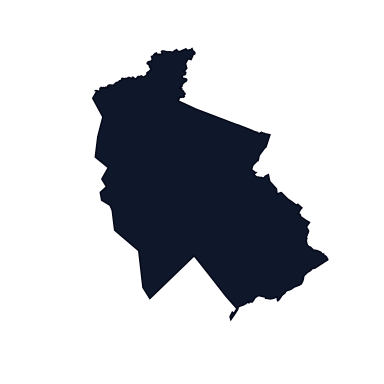 Mārkalnes pag., Aluksne, Latvia, rotated 234°
{"feature_id": "27541924B80787843923364", "entity_name": "Mārkalnes pag.", "entity_type": "district", "adm_level": 2, "iso_a3": "LVA", "parent_name": "Latvia", "parent_adm1": "Aluksne", "projection": "orthographic", "projection_center": [27.239, 57.508], "detail": "fine", "context": "isolated", "style": "filled", "palette": "ink", "viewbox_px": 384, "rotation_deg": 234, "n_neighbors": 0, "source": "geoboundaries", "source_scale": "gbopen_adm2", "svg_char_len": 5926}
<svg xmlns="http://www.w3.org/2000/svg" viewBox="0 0 384 384"><g transform="rotate(234 192 192)"><path d="M57.4,262.1L58.0,262.3L58.6,262.3L59.0,262.4L60.7,262.6L63.7,261.7L64.1,261.6L64.5,261.9L64.6,261.4L65.3,261.0L67.5,260.8L69.3,259.9L70.3,259.1L71.9,258.1L72.0,257.8L72.1,257.6L72.5,257.3L73.2,256.5L73.6,256.2L74.0,256.0L77.4,255.5L78.0,255.3L78.5,254.8L79.3,254.4L80.1,254.2L81.2,254.2L82.5,254.5L85.0,255.6L86.4,256.6L86.7,257.5L87.8,257.7L88.1,257.9L89.0,259.0L89.5,259.9L90.0,260.3L90.4,261.4L90.7,261.9L91.1,262.2L91.6,263.1L91.9,263.2L92.5,263.6L95.8,263.8L96.9,265.0L98.3,269.2L102.5,267.4L108.0,265.5L110.2,266.2L110.7,266.2L111.9,265.2L114.0,269.1L114.2,270.2L114.6,271.6L119.9,270.4L120.1,268.6L124.7,267.3L130.2,265.3L139.1,263.9L139.5,262.9L140.2,260.1L140.5,259.7L144.9,262.2L154.8,261.1L156.2,261.7L161.2,264.0L161.7,260.7L161.7,260.4L161.2,259.0L161.5,257.6L163.0,256.7L164.3,255.0L165.2,254.4L165.4,254.0L166.1,253.3L166.7,253.0L169.4,252.3L170.0,253.5L170.0,254.6L170.1,255.1L170.3,254.8L175.1,253.3L177.9,257.0L178.8,262.5L178.6,263.6L178.6,263.9L179.1,264.6L181.9,267.6L182.2,268.1L184.8,276.3L185.0,278.4L192.5,288.7L195.6,285.9L196.0,285.2L196.4,285.0L197.0,285.0L198.2,283.9L199.5,283.3L199.6,283.1L199.7,280.5L200.2,280.0L200.7,279.8L201.4,280.2L204.3,277.9L206.6,276.7L219.3,268.6L220.6,267.5L228.1,262.6L256.7,243.9L273.7,234.4L274.4,235.4L274.6,235.2L274.8,235.3L274.8,235.7L274.9,235.9L275.0,236.4L275.4,236.7L275.3,236.8L275.5,237.2L275.9,237.3L276.0,237.5L275.7,237.8L275.8,238.0L275.6,238.2L275.6,238.6L275.3,238.7L275.4,239.1L274.7,239.3L274.5,239.5L274.6,240.0L274.1,240.5L274.4,240.6L274.3,240.9L273.8,241.2L273.7,241.6L273.8,242.0L275.0,242.3L275.3,242.7L275.2,243.8L276.0,244.3L276.9,243.9L277.5,243.8L278.0,244.2L279.1,244.2L280.4,243.8L281.1,244.0L281.6,244.4L282.1,244.3L282.7,243.3L282.8,243.2L283.0,243.2L283.6,244.4L283.3,245.6L283.3,245.9L283.4,246.0L283.9,246.0L284.0,246.4L284.9,247.7L285.3,250.3L285.3,250.8L285.1,252.2L285.3,252.8L285.6,253.5L286.0,253.8L286.6,253.8L287.3,253.5L289.5,251.5L289.9,251.4L290.6,251.6L291.1,251.4L291.3,251.4L291.5,251.6L291.4,252.4L291.7,253.0L291.7,254.1L291.0,255.1L291.4,255.6L291.3,256.2L291.4,256.3L291.6,256.5L292.0,256.5L292.2,257.0L292.5,257.3L293.0,257.1L294.0,256.2L294.6,256.3L294.8,256.6L294.5,257.8L294.9,258.1L294.8,258.3L294.8,259.0L295.2,260.5L299.9,262.3L300.4,263.8L302.3,267.1L301.2,267.7L300.5,268.4L299.7,269.0L300.6,270.7L302.7,274.1L302.0,275.2L302.9,276.2L304.7,276.1L304.8,275.5L308.0,276.3L307.9,274.9L308.1,274.2L308.5,273.5L308.9,272.0L309.1,271.6L311.4,271.2L311.6,270.1L311.9,268.9L312.6,265.5L313.6,263.4L316.2,263.2L316.2,262.8L316.6,260.9L316.2,259.1L317.5,257.4L318.4,256.6L319.9,254.4L322.7,252.0L323.1,251.0L323.4,251.1L323.6,249.9L321.8,249.6L321.9,249.3L321.3,248.2L321.3,247.9L321.5,247.6L322.1,247.3L322.4,247.0L322.4,246.9L322.2,246.6L322.3,246.3L322.6,246.2L323.1,245.8L323.1,245.4L322.9,244.9L323.3,244.6L323.8,244.9L325.4,244.9L325.4,244.3L325.7,243.9L325.8,243.5L325.7,243.1L325.0,242.9L324.9,242.7L325.4,242.4L325.6,242.0L325.5,241.8L325.2,241.4L324.9,241.0L325.4,239.2L325.4,238.8L323.7,238.3L322.8,237.7L322.5,237.5L322.0,236.4L321.9,235.7L322.8,233.9L323.0,233.2L323.0,232.5L322.8,232.0L322.5,231.4L322.3,231.2L321.9,231.2L321.3,231.7L320.0,232.0L318.2,231.2L317.2,231.3L316.8,231.1L315.8,231.5L315.1,231.3L315.0,231.0L315.2,230.0L314.8,228.7L314.7,227.9L314.9,227.3L315.0,226.7L314.6,226.2L314.9,225.7L314.7,225.3L314.3,225.4L314.2,225.6L313.9,225.7L313.6,225.6L313.2,222.8L313.3,222.1L313.1,221.8L313.3,221.0L313.2,220.4L313.3,220.2L315.1,219.6L315.8,219.1L316.0,218.5L315.9,217.5L316.9,216.7L317.0,216.3L317.2,216.0L317.1,215.4L316.7,214.6L316.2,212.8L317.6,212.4L318.2,212.0L319.0,211.9L319.8,211.5L319.9,211.2L319.3,209.8L319.2,209.4L319.3,209.2L319.7,208.9L320.8,209.0L321.1,208.9L321.5,208.6L322.1,207.7L321.9,207.0L322.0,206.4L322.9,205.0L323.4,203.9L323.5,203.6L324.6,202.9L324.9,202.5L325.0,202.0L324.9,201.7L324.1,200.8L324.0,200.5L324.1,199.3L324.5,198.8L324.6,198.6L324.2,198.2L324.2,197.9L324.2,197.1L325.1,194.9L324.8,194.3L324.9,193.4L324.8,192.5L324.4,191.8L324.4,191.3L325.1,190.6L326.6,188.7L327.0,188.3L327.2,187.9L327.4,187.3L327.4,187.1L326.8,186.7L327.1,186.4L327.2,186.2L326.6,186.0L326.6,185.6L326.2,185.4L326.1,185.2L326.5,185.3L326.8,185.0L326.8,184.9L326.4,184.6L326.4,184.2L326.6,184.1L326.8,184.4L327.5,183.8L327.2,183.0L327.3,182.8L327.2,182.2L327.3,182.0L328.0,181.7L328.0,182.3L328.3,182.2L328.5,181.9L328.4,181.3L328.7,180.8L328.8,180.5L329.0,180.4L329.1,180.7L329.4,180.5L330.0,180.1L330.1,179.9L330.0,179.4L329.6,179.6L329.3,179.5L329.9,179.0L329.6,178.6L329.6,178.1L328.5,177.5L328.2,177.1L328.1,176.8L328.1,176.5L328.2,175.9L328.4,175.5L329.3,175.2L330.6,173.9L330.6,173.6L329.6,174.5L326.2,166.8L305.1,164.0L292.1,148.3L277.1,134.3L260.9,138.6L255.5,126.7L246.5,125.9L245.6,117.6L238.5,114.1L229.4,117.9L223.9,116.6L206.6,107.0L175.8,114.4L143.6,96.2L130.6,95.3L139.0,155.1L138.8,155.6L139.1,155.6L139.2,156.3L115.1,157.3L88.1,158.2L71.0,159.8L70.6,158.1L69.2,154.6L71.1,154.0L68.8,149.5L65.9,148.4L67.7,153.6L70.0,159.6L70.4,160.3L71.5,161.5L71.7,161.8L71.8,162.1L71.0,165.6L70.5,166.7L70.3,168.4L70.0,170.1L70.2,171.0L70.1,171.6L70.5,173.3L70.3,173.5L70.2,173.5L69.5,172.7L69.1,172.7L68.9,173.0L68.8,173.6L69.0,174.1L69.0,174.6L68.5,175.2L67.9,175.6L67.8,175.9L67.6,176.3L68.1,177.3L68.3,178.4L69.3,180.4L69.4,182.6L69.1,185.0L65.4,188.2L64.4,189.7L62.9,189.0L61.7,190.3L59.4,192.6L58.1,195.4L57.2,199.2L54.0,197.4L53.6,197.4L53.6,198.3L53.7,198.9L54.5,201.5L55.4,203.7L55.6,205.1L55.6,207.3L55.7,207.9L56.4,209.3L56.5,210.1L56.4,210.8L55.2,214.5L55.1,215.0L55.2,216.5L55.0,218.1L55.0,219.1L53.6,224.1L53.4,226.4L54.7,229.0L55.8,230.5L57.4,232.1L57.5,231.6L58.2,232.9L58.6,234.3L59.1,238.0L58.8,242.0L59.2,243.1L59.2,244.4L58.9,245.4L58.2,246.6L57.6,257.3L57.7,257.7L57.3,261.7L57.4,262.1Z" fill="#0f172a" stroke="#020617" stroke-width="1.5"/></g></svg>